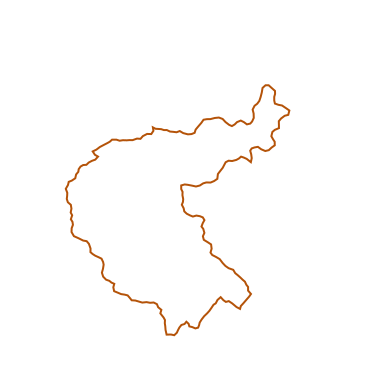 outline of Divino, Minas Gerais, Brazil, rotated 125°
{"feature_id": "56859067B78256320871647", "entity_name": "Divino", "entity_type": "district", "adm_level": 2, "iso_a3": "BRA", "parent_name": "Brazil", "parent_adm1": "Minas Gerais", "projection": "albers", "projection_center": [-42.194, -20.579], "detail": "fine", "context": "isolated", "style": "outline", "palette": "amber", "viewbox_px": 384, "rotation_deg": 125, "n_neighbors": 0, "source": "geoboundaries", "source_scale": "gbopen_adm2", "svg_char_len": 3339}
<svg xmlns="http://www.w3.org/2000/svg" viewBox="0 0 384 384"><g transform="rotate(125 192 192)"><path d="M319.5,124.4L315.9,123.7L313.4,124.2L310.3,124.6L307.0,124.4L304.4,122.4L301.5,122.2L301.9,119.2L303.6,117.1L302.5,114.3L301.8,111.0L299.6,109.2L297.0,109.8L294.6,110.8L290.9,111.0L286.7,110.8L282.7,110.0L279.4,109.6L275.7,109.6L272.0,109.7L269.6,108.7L265.8,109.2L261.7,108.2L262.6,104.2L262.6,101.2L260.3,99.3L260.2,95.2L260.7,89.5L260.2,85.6L257.4,86.6L253.7,86.1L248.7,85.6L244.9,85.2L241.7,85.2L240.6,89.5L237.6,91.6L236.8,94.3L235.1,97.2L234.8,100.3L234.3,103.4L233.9,106.9L233.7,110.0L232.1,113.6L233.4,118.3L233.4,122.2L232.6,126.1L231.1,130.8L231.4,134.9L232.0,139.3L231.0,142.1L227.2,143.4L224.0,146.3L224.1,150.1L224.4,154.9L222.0,157.7L218.4,158.4L215.7,161.7L214.9,164.4L211.4,165.3L207.9,165.7L206.6,168.6L207.3,171.7L208.8,174.9L211.6,177.2L212.3,180.2L212.8,183.9L212.3,187.2L210.1,189.5L208.3,193.0L205.4,193.7L202.9,195.1L200.1,198.0L197.3,199.8L195.8,202.5L192.8,204.6L190.0,202.3L188.5,199.5L186.8,195.7L185.2,191.9L182.2,189.3L178.5,187.8L176.0,185.8L173.6,182.2L170.4,180.2L166.7,178.8L162.4,181.1L158.1,180.9L154.5,180.7L151.6,181.1L148.3,181.5L145.4,180.0L143.6,176.9L140.3,174.1L137.7,172.8L134.9,172.1L134.1,169.4L133.5,166.2L133.8,160.9L130.0,162.5L127.1,165.2L124.8,168.0L122.1,168.1L119.7,166.4L117.2,163.9L117.3,159.8L116.4,155.5L113.7,153.1L110.0,152.3L106.3,151.0L103.4,153.1L102.4,155.7L100.8,159.0L96.7,160.6L93.6,159.8L89.8,157.4L86.9,159.5L84.2,161.5L80.7,161.2L76.4,159.8L73.6,157.4L69.4,159.0L69.4,162.8L69.5,167.9L71.0,171.2L72.0,174.8L69.9,177.1L66.9,179.2L64.0,180.2L61.6,182.0L61.1,186.3L60.6,190.4L62.4,193.0L66.3,193.9L70.5,191.9L75.0,190.2L78.8,189.1L82.3,189.2L85.5,190.2L89.7,189.6L92.4,186.5L95.9,183.9L99.8,183.2L102.5,183.5L105.1,185.8L105.0,189.5L105.5,193.0L108.9,195.2L112.2,195.8L115.1,197.1L115.7,200.0L115.5,204.6L114.6,208.8L115.6,212.7L118.3,215.8L121.7,218.7L123.9,221.7L126.2,224.0L130.0,224.0L135.0,224.5L138.8,224.8L142.0,223.8L144.8,225.6L147.1,228.4L148.8,233.0L149.1,237.0L151.9,238.9L153.6,242.1L155.1,244.7L155.7,248.2L157.4,250.6L158.2,253.3L159.7,255.8L161.1,258.1L161.5,261.1L164.0,258.7L167.9,258.6L170.2,262.1L174.4,264.3L178.0,264.7L179.8,267.7L183.6,270.4L185.2,272.8L187.1,275.1L189.2,278.3L191.5,280.7L192.5,284.0L195.0,287.5L198.0,288.2L200.5,289.4L204.1,291.3L208.0,293.3L212.1,294.6L215.7,296.6L217.2,292.9L216.9,289.3L221.0,289.8L223.8,291.8L227.1,293.5L230.3,294.1L232.3,296.6L235.1,297.9L238.3,297.9L240.7,296.7L244.1,297.0L247.7,295.5L251.6,297.0L254.4,298.8L257.4,297.6L261.8,297.2L264.2,293.7L266.7,292.1L269.5,290.6L271.6,287.8L272.0,283.9L274.8,281.2L278.4,279.6L279.8,276.8L283.8,275.6L285.0,272.8L287.2,270.7L290.7,269.8L293.9,267.7L295.9,263.4L294.9,258.1L294.2,253.3L292.7,250.1L293.6,246.7L296.5,242.7L299.5,240.7L299.8,237.9L299.7,234.8L299.0,231.1L298.5,227.9L300.3,224.7L302.2,222.7L305.9,220.9L309.8,219.5L312.3,216.2L313.1,212.1L312.2,208.8L312.4,206.0L311.8,203.0L315.2,201.8L317.9,198.9L317.0,194.9L316.3,191.5L314.7,188.3L313.6,185.4L314.4,182.3L315.3,179.3L313.4,176.2L312.4,173.2L311.1,169.3L308.3,166.1L306.8,162.8L304.5,160.0L304.0,156.4L305.8,153.6L306.1,149.5L309.6,148.3L311.1,143.3L312.4,140.7L315.1,139.0L317.3,136.9L320.1,134.6L323.4,131.0L320.8,127.5L319.5,124.4Z" fill="none" stroke="#b45309" stroke-width="2"/></g></svg>